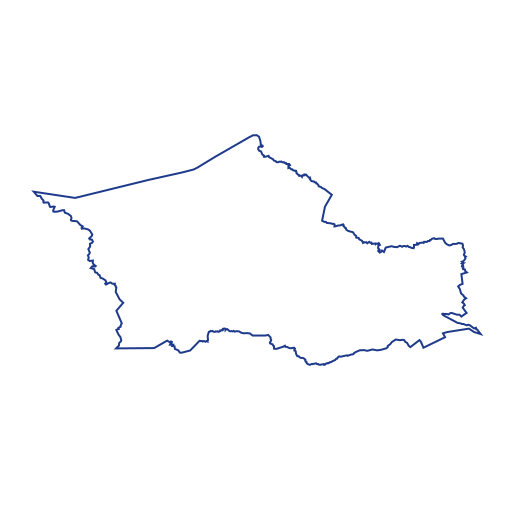 outline of Chu Prong, Gia Lai, Vietnam, rotated 80°
{"feature_id": "81297802B50675624734559", "entity_name": "Chu Prong", "entity_type": "district", "adm_level": 2, "iso_a3": "VNM", "parent_name": "Vietnam", "parent_adm1": "Gia Lai", "projection": "equal_earth", "projection_center": [107.843, 13.593], "detail": "fine", "context": "isolated", "style": "outline", "palette": "blue", "viewbox_px": 512, "rotation_deg": 80, "n_neighbors": 0, "source": "geoboundaries", "source_scale": "gbopen_adm2", "svg_char_len": 6063}
<svg xmlns="http://www.w3.org/2000/svg" viewBox="0 0 512 512"><g transform="rotate(80 256 256)"><path d="M364.1,80.9L364.5,58.9L368.7,54.5L371.9,48.3L366.8,51.0L366.4,51.9L364.9,51.9L365.2,53.8L361.1,57.7L360.6,58.7L360.8,60.5L358.9,63.8L358.8,65.0L358.1,65.8L356.8,69.2L347.8,80.7L346.4,82.2L345.5,82.6L345.2,81.9L345.8,80.8L346.1,78.5L347.0,76.5L346.1,74.9L346.0,73.3L348.6,68.5L349.2,65.7L351.3,64.3L348.6,58.5L342.8,61.4L341.2,60.1L340.7,58.9L338.9,59.6L337.5,60.9L335.1,58.6L334.1,56.4L332.0,58.4L330.9,58.5L328.6,60.5L324.0,61.0L321.1,62.2L319.8,60.0L319.3,57.4L309.5,56.9L308.8,51.2L307.1,52.6L305.5,52.6L305.0,54.3L304.2,54.5L303.4,53.8L302.4,53.7L302.0,55.0L301.6,55.0L300.7,53.7L299.5,54.3L299.1,53.2L298.8,54.3L298.2,53.4L297.4,54.0L297.4,53.3L296.6,52.0L294.9,50.2L293.4,50.3L293.0,49.5L291.8,50.8L290.8,51.1L289.1,49.9L287.0,49.8L284.9,50.2L283.5,51.0L281.6,50.3L279.7,50.6L278.3,54.4L278.9,56.4L278.3,60.1L279.0,61.5L279.2,63.7L277.7,65.9L275.9,67.4L271.3,68.9L270.6,73.1L270.7,75.2L270.1,76.9L269.4,77.4L269.7,79.9L270.4,80.7L270.4,81.8L271.4,82.5L271.1,84.1L271.8,85.2L271.2,88.0L272.2,88.6L271.7,89.5L271.6,92.9L272.6,93.9L271.4,95.1L272.9,95.6L272.5,98.5L275.2,99.0L275.7,99.5L275.0,101.5L274.1,102.6L273.7,103.8L272.3,105.0L272.8,106.5L272.0,107.6L271.8,109.3L272.3,110.4L270.9,112.5L271.8,115.6L270.9,118.8L269.9,120.7L270.2,126.8L274.3,129.3L272.5,131.0L273.7,132.2L274.1,133.5L272.3,134.8L271.1,134.0L271.7,133.3L271.5,133.1L269.4,134.4L266.8,133.6L266.6,132.1L264.6,132.9L265.1,134.0L264.7,135.2L265.2,136.2L264.4,136.4L264.2,139.9L262.8,140.0L262.8,141.2L261.7,142.1L262.8,144.2L261.5,145.1L261.6,146.4L261.1,147.3L261.7,148.3L259.5,148.9L257.4,151.5L256.0,151.8L255.3,154.1L253.6,153.9L252.1,155.3L249.5,156.3L247.3,160.9L245.8,162.5L244.1,162.7L243.5,163.7L242.7,163.8L241.7,164.7L240.8,164.3L239.9,164.8L240.5,168.1L240.2,170.0L240.6,172.2L240.5,173.6L238.6,173.1L237.8,173.9L237.7,175.1L236.9,176.4L235.7,180.6L234.5,181.3L234.2,182.9L232.7,184.8L219.4,179.5L208.9,170.7L201.8,177.1L200.6,179.1L199.2,180.2L198.3,182.1L197.1,182.2L195.5,183.1L195.0,184.1L194.0,184.1L193.5,185.6L192.8,185.8L191.8,188.4L189.7,189.6L189.2,189.2L188.7,189.6L188.1,189.3L187.9,190.4L184.5,192.6L184.1,194.1L184.9,194.2L184.6,195.9L186.1,196.9L184.8,197.6L184.6,199.5L183.8,199.4L183.3,200.4L181.5,201.7L180.4,201.5L179.6,202.2L179.0,201.9L178.1,204.6L177.0,205.1L176.9,206.1L174.8,207.7L175.0,208.8L172.7,208.4L172.4,206.8L171.1,207.4L170.7,210.2L169.5,210.4L169.2,211.8L168.5,212.2L168.4,213.6L167.3,214.8L167.5,215.8L167.1,216.7L167.5,218.0L167.1,219.5L166.0,220.1L165.1,221.8L163.6,222.5L160.9,226.0L159.6,226.2L159.9,230.1L159.6,231.0L158.5,230.7L157.3,232.1L153.9,232.9L152.9,234.6L151.4,235.2L150.1,235.1L148.9,234.0L148.9,232.9L149.6,231.2L149.1,230.3L148.3,230.5L147.6,231.9L143.7,231.7L139.1,232.3L137.2,234.2L136.6,238.0L137.9,242.2L151.3,279.2L158.8,298.4L160.0,302.5L160.9,314.3L162.4,348.5L167.4,424.0L154.1,463.7L159.0,460.8L159.3,458.3L159.7,457.9L162.3,457.1L164.5,455.6L165.9,456.1L166.6,455.8L167.1,451.6L168.1,450.9L171.7,450.4L172.0,450.0L172.2,446.4L172.6,445.7L175.8,447.8L176.9,447.9L177.4,447.1L177.8,443.7L177.3,438.4L177.6,437.0L180.1,436.8L181.8,433.8L184.6,431.3L186.6,431.1L188.1,432.0L188.7,432.0L189.5,431.0L190.5,426.9L191.1,426.0L195.0,423.6L196.7,421.5L198.1,422.9L198.8,422.8L199.1,420.1L200.7,416.7L202.3,415.1L206.5,413.5L208.0,414.5L209.7,417.2L210.8,416.8L211.4,414.7L213.5,414.1L214.6,415.3L215.1,417.4L217.9,417.7L220.1,419.9L223.9,419.1L225.0,419.8L226.2,421.4L228.4,421.0L230.6,422.0L232.0,420.7L232.2,417.4L234.3,418.0L236.1,417.4L238.0,415.6L238.4,416.2L237.7,419.0L239.2,420.8L240.8,417.6L243.9,417.3L244.5,416.7L244.9,415.4L247.1,414.5L247.7,413.4L250.5,412.9L251.5,411.0L253.8,408.5L255.8,408.0L257.0,409.3L257.9,409.0L258.0,408.3L256.9,405.2L256.8,403.8L258.4,402.3L258.8,399.8L260.1,400.2L260.9,399.4L262.1,399.5L262.7,399.0L267.0,400.4L274.9,397.9L279.0,394.9L285.7,403.0L299.0,399.9L301.1,401.5L302.1,401.6L302.9,404.0L304.1,403.9L304.1,405.2L304.6,406.4L309.9,404.9L312.0,403.7L315.5,403.3L316.4,403.7L318.0,405.9L320.4,406.5L322.7,409.8L329.0,372.3L323.9,358.2L325.9,355.9L326.0,355.2L325.4,354.5L326.1,353.7L326.9,354.1L327.3,355.3L328.4,356.1L329.0,353.0L330.2,354.0L330.8,351.9L333.4,352.0L335.6,348.7L336.6,348.5L338.1,347.5L338.3,345.5L337.6,337.2L329.7,326.3L330.3,324.9L330.2,324.0L331.0,323.3L330.7,322.0L331.7,320.6L331.2,319.6L331.8,318.6L331.0,318.6L330.6,317.9L326.3,317.5L322.5,315.6L322.4,314.4L321.9,313.7L322.3,312.9L322.2,311.9L322.9,311.4L323.6,309.8L323.2,308.8L323.7,307.5L323.5,306.7L324.2,305.9L323.8,304.4L323.1,304.2L323.4,301.8L322.9,301.3L322.3,301.6L321.9,301.1L322.0,299.2L322.7,298.6L323.6,298.8L322.9,297.8L323.0,297.0L325.3,295.2L325.7,294.4L325.7,293.0L326.2,292.2L325.9,290.9L326.7,290.3L326.7,287.9L327.4,285.6L328.9,284.0L330.0,281.5L330.4,278.1L331.2,275.5L333.7,273.2L335.9,261.0L335.9,257.7L338.7,255.8L340.6,256.0L341.2,255.6L342.1,255.9L343.5,257.3L344.5,257.3L345.9,255.0L347.3,254.6L347.8,254.0L350.4,254.3L351.0,252.2L350.1,245.3L349.4,243.1L350.5,242.9L351.0,241.2L352.6,238.9L352.9,237.4L352.9,234.5L353.9,233.7L354.8,234.5L355.8,234.6L356.1,233.7L356.7,233.5L359.4,233.5L361.8,232.7L362.1,231.4L363.4,230.6L364.2,229.4L364.4,227.9L365.2,226.6L366.7,225.4L367.4,225.7L368.7,225.4L368.9,224.7L370.5,224.6L371.6,223.5L372.5,221.9L372.0,219.6L372.3,219.2L372.1,215.5L372.9,214.8L373.2,213.6L373.6,213.5L374.3,211.9L374.2,208.0L375.0,207.8L374.9,206.7L374.1,205.7L373.9,204.2L374.3,203.8L373.8,202.9L373.9,202.1L373.4,201.5L373.5,200.3L372.8,198.8L372.2,196.1L371.2,195.0L371.2,194.1L370.0,193.0L369.3,191.5L369.9,190.0L369.6,183.7L370.2,183.2L369.6,179.8L369.6,177.2L368.6,176.2L367.7,173.8L366.8,169.7L367.2,168.6L367.3,166.4L368.7,162.8L368.3,157.4L370.0,153.0L370.1,149.2L369.5,143.5L368.4,142.0L367.4,141.8L366.2,139.2L364.3,137.1L362.5,132.8L363.9,129.0L364.0,126.1L364.5,124.7L366.5,123.9L367.8,122.3L371.1,121.1L372.5,119.8L367.2,109.6L368.8,108.6L375.4,107.0L368.8,83.9L364.6,85.3L364.1,80.9Z" fill="none" stroke="#1e3a8a" stroke-width="2"/></g></svg>